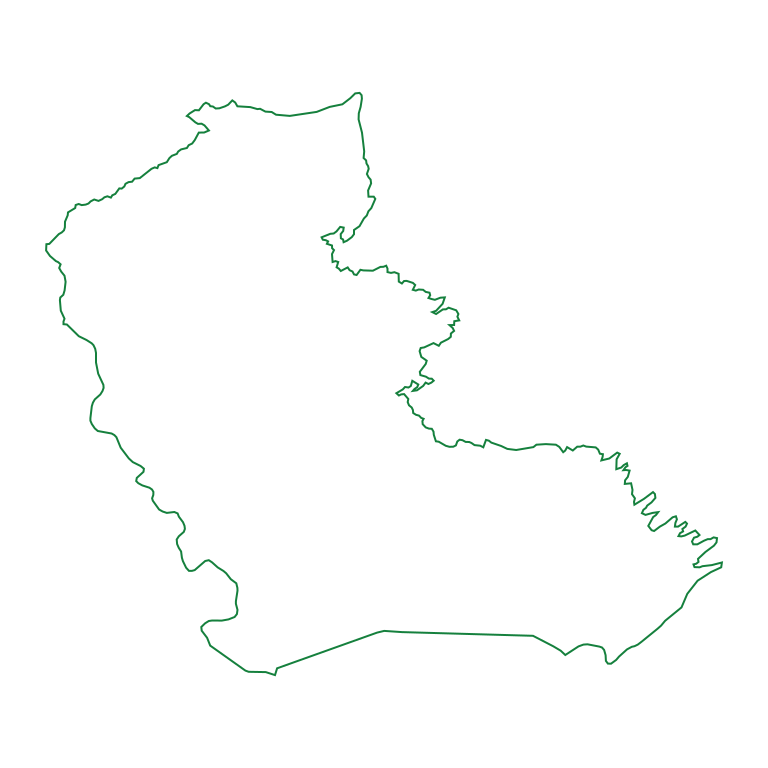 Cuiabá, Mato Grosso, Brazil
{"feature_id": "56859067B53289335762080", "entity_name": "Cuiabá", "entity_type": "district", "adm_level": 2, "iso_a3": "BRA", "parent_name": "Brazil", "parent_adm1": "Mato Grosso", "projection": "albers", "projection_center": [-55.911, -15.41], "detail": "fine", "context": "isolated", "style": "outline", "palette": "green", "viewbox_px": 768, "rotation_deg": 0, "n_neighbors": 0, "source": "geoboundaries", "source_scale": "gbopen_adm2", "svg_char_len": 6069}
<svg xmlns="http://www.w3.org/2000/svg" viewBox="0 0 768 768"><path d="M63.5,324.2L66.9,324.5L78.8,336.2L86.5,340.0L91.7,343.3L93.5,345.2L95.2,348.8L96.0,352.9L96.0,362.5L98.2,373.7L103.4,384.9L103.6,387.9L102.5,391.0L100.3,394.5L94.8,399.4L92.9,402.7L91.8,406.3L90.4,418.1L90.4,420.7L91.8,424.0L94.8,428.4L97.8,431.0L111.6,433.5L114.4,435.1L116.4,437.2L120.7,447.7L128.8,458.4L132.8,462.1L140.6,466.0L143.9,468.7L143.5,471.8L136.8,477.9L136.2,481.1L138.3,483.2L142.3,485.4L149.4,487.7L152.0,489.5L153.4,491.9L153.3,495.0L152.1,498.3L152.8,500.7L159.1,509.5L162.6,511.5L166.8,512.9L174.3,512.0L177.6,513.4L178.9,516.7L183.0,522.2L184.5,525.8L184.9,528.9L183.8,531.9L178.8,536.3L176.7,539.5L177.1,544.0L178.7,547.7L181.1,551.5L181.9,557.7L182.9,561.1L186.1,567.7L189.0,570.9L191.8,570.9L194.7,570.1L205.2,561.0L208.8,560.2L212.0,562.3L217.7,567.4L223.5,571.0L226.2,573.3L230.8,579.2L236.3,583.3L237.4,587.9L237.5,590.7L235.9,601.2L235.9,603.8L237.5,609.9L236.9,614.1L234.6,617.0L228.5,619.4L221.8,620.6L212.2,620.5L208.8,621.0L205.1,623.3L201.3,627.0L201.7,630.7L207.1,637.8L210.2,645.6L245.4,670.6L248.7,671.8L265.8,672.1L275.0,675.1L277.1,668.3L377.1,632.6L384.2,630.9L402.0,632.1L533.0,635.8L553.3,646.3L560.7,650.7L565.3,655.0L578.5,646.4L583.4,644.6L587.5,644.3L599.4,646.6L602.0,647.5L604.1,649.9L605.6,655.2L605.9,660.9L607.9,663.6L611.0,663.7L616.2,659.9L619.0,656.6L627.0,649.4L631.8,646.8L634.5,646.2L637.8,644.6L641.1,642.1L657.6,628.7L661.1,625.6L665.1,620.8L681.5,607.4L687.3,593.8L697.6,580.7L710.9,572.1L721.2,567.3L721.9,562.5L711.8,565.1L702.4,566.2L699.7,567.3L694.5,567.1L693.5,564.4L696.3,563.7L698.5,561.9L698.0,558.9L705.4,552.0L713.9,545.7L716.5,542.4L717.0,538.1L713.6,537.4L710.6,539.1L707.8,539.1L704.0,540.7L697.4,544.3L693.2,544.3L692.0,541.5L694.0,537.7L697.4,536.7L699.5,535.0L695.3,530.5L684.7,535.6L681.3,536.4L678.5,536.1L680.0,533.2L683.1,531.4L682.4,529.0L685.6,526.6L687.0,523.6L685.3,521.9L678.1,526.6L674.9,526.6L675.4,522.9L676.9,519.3L675.9,516.3L672.6,517.3L665.4,523.5L659.9,526.6L654.1,531.0L651.6,530.2L648.3,525.9L653.2,517.0L655.9,515.1L658.2,512.1L652.6,512.9L645.5,514.9L641.9,513.2L643.4,509.8L646.0,507.8L647.2,505.6L651.5,502.4L655.4,497.9L654.9,494.0L653.0,492.1L643.9,498.9L634.4,504.7L634.0,501.9L634.9,498.3L632.0,494.2L632.5,489.9L631.1,483.3L624.8,483.9L625.1,480.3L627.8,476.9L629.6,470.6L626.1,470.0L623.4,470.2L625.5,467.2L627.5,465.9L626.9,463.3L623.7,465.1L621.3,467.5L616.3,469.2L616.6,459.3L619.7,453.8L617.2,452.6L609.3,458.5L601.4,460.4L602.6,456.9L602.9,454.2L599.9,453.7L598.2,449.6L595.7,447.4L586.2,446.6L583.3,445.5L580.3,446.7L577.2,446.7L572.8,450.5L567.1,447.1L565.2,450.6L563.2,452.2L559.3,446.9L555.9,444.7L545.8,444.1L536.4,444.7L533.4,447.1L516.2,450.0L507.3,448.9L501.2,446.0L491.3,442.6L488.9,440.7L486.0,439.9L483.3,447.3L480.2,445.7L474.5,445.1L471.5,443.0L469.2,442.0L465.6,441.9L462.5,440.2L459.6,439.7L457.3,441.5L455.9,445.4L453.3,446.7L449.4,446.8L445.8,445.8L438.7,441.7L435.9,441.3L433.8,434.8L433.5,431.6L431.8,428.8L428.9,428.6L425.7,427.4L422.7,424.2L422.4,421.1L423.6,418.8L421.2,417.9L419.0,415.6L416.0,414.8L413.2,413.0L412.9,410.0L411.7,407.5L409.0,405.3L407.7,402.1L408.3,399.0L404.1,394.1L401.1,394.4L398.9,395.5L396.4,393.2L402.8,389.4L405.0,387.0L408.5,387.5L410.8,386.0L412.3,380.8L418.3,384.5L417.2,387.2L414.5,389.0L412.9,390.9L417.0,390.3L423.2,385.9L425.6,382.6L428.4,384.0L431.4,382.6L433.7,380.7L431.8,378.7L428.9,378.6L426.0,376.7L420.4,375.1L419.8,371.8L425.7,364.0L426.7,360.7L421.3,356.9L419.6,351.1L420.7,348.0L424.2,347.4L433.5,343.1L438.8,345.8L440.9,342.7L448.2,339.0L450.8,336.8L450.9,333.5L454.1,330.9L452.7,328.0L449.5,325.1L454.1,325.0L454.3,321.2L459.2,320.4L457.4,316.7L458.4,314.0L456.2,310.3L448.6,307.7L446.0,309.3L442.9,309.4L436.1,314.0L432.3,312.1L436.1,310.8L442.6,303.8L444.8,297.4L440.4,297.7L434.9,299.8L431.5,299.0L428.5,298.0L430.2,295.2L429.5,292.7L425.7,291.9L423.1,289.8L418.7,289.5L415.8,290.6L412.8,289.8L415.2,285.0L412.9,282.9L406.7,280.9L404.1,281.0L401.9,283.5L398.8,281.6L398.6,273.8L394.4,272.2L391.0,272.9L387.5,272.1L387.5,268.6L386.2,265.7L383.4,266.8L380.4,266.9L372.9,270.7L363.3,270.4L360.4,269.8L356.6,275.0L354.0,274.4L352.5,271.5L349.6,270.2L347.7,267.4L340.8,271.0L338.8,268.6L336.6,267.3L338.2,262.0L335.5,261.1L332.6,262.0L332.0,254.1L334.0,250.1L332.1,248.2L332.0,245.5L326.9,243.8L328.1,241.4L325.8,240.2L322.8,239.7L321.6,237.3L330.3,233.8L333.7,233.5L336.5,231.4L340.2,226.9L343.7,227.6L343.2,231.0L340.7,234.1L340.9,238.3L343.1,239.5L343.6,242.2L347.0,240.7L351.8,237.1L354.0,234.2L354.0,230.0L359.5,226.2L363.9,218.5L366.8,215.5L368.4,211.3L371.3,208.1L375.3,198.9L373.8,196.7L368.5,196.7L368.1,190.5L371.1,183.4L370.6,179.6L368.6,177.3L366.9,174.0L368.7,168.8L368.1,166.1L366.5,163.5L366.1,160.4L363.6,158.0L364.2,151.4L362.0,132.7L358.6,119.4L358.8,113.3L360.6,106.9L361.9,98.7L361.6,95.2L359.6,92.9L355.2,93.4L350.3,98.2L342.4,104.3L329.7,106.9L316.7,111.9L289.8,115.9L276.0,114.7L271.7,112.0L265.4,111.6L260.1,108.8L257.4,109.1L250.3,107.1L237.4,106.3L235.2,102.5L232.3,100.4L228.2,104.7L224.9,106.4L219.3,108.3L215.7,108.5L212.9,106.5L210.3,106.2L209.0,104.2L205.9,102.7L203.6,104.2L198.9,110.3L195.0,110.1L189.7,113.4L186.9,116.0L189.2,117.1L195.3,122.3L198.0,123.9L201.6,123.7L204.5,125.4L208.9,130.5L204.2,132.5L198.8,132.6L194.8,140.0L192.2,143.5L188.7,145.2L186.9,148.0L181.1,149.4L178.2,151.5L176.8,153.9L171.9,155.8L169.4,158.1L166.8,162.2L158.6,165.1L157.4,168.1L154.7,167.4L151.5,168.8L139.8,178.1L134.6,178.6L132.1,181.7L128.6,182.1L125.5,183.8L124.3,186.5L121.7,188.6L119.3,188.4L115.3,193.9L112.3,195.3L110.9,197.6L107.4,196.3L104.4,197.3L102.2,199.2L98.5,200.9L94.2,199.5L90.6,201.4L88.5,203.5L85.7,204.6L81.7,205.1L78.7,204.0L75.7,205.0L75.2,208.0L68.0,212.4L67.7,215.3L65.0,221.7L64.9,227.3L64.0,230.3L61.8,232.4L58.8,234.1L49.3,243.9L46.4,244.2L46.1,250.5L50.0,256.0L55.9,261.1L58.1,262.1L60.6,264.3L59.2,268.0L61.2,271.6L64.5,275.7L65.6,281.8L64.6,290.4L63.3,294.8L60.3,297.5L59.9,300.1L60.8,310.7L64.5,318.7L63.5,321.5L63.5,324.2Z" fill="none" stroke="#15803d" stroke-width="2"/></svg>